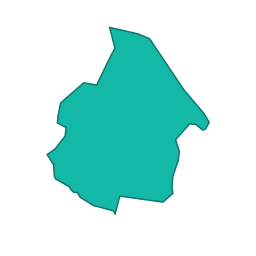 the district of Hampton, Virginia, United States of America, rotated 307°
{"feature_id": "52423323B9721740762179", "entity_name": "Hampton", "entity_type": "district", "adm_level": 2, "iso_a3": "USA", "parent_name": "United States of America", "parent_adm1": "Virginia", "projection": "orthographic", "projection_center": [-76.376, 37.054], "detail": "fine", "context": "isolated", "style": "filled", "palette": "teal", "viewbox_px": 256, "rotation_deg": 307, "n_neighbors": 0, "source": "geoboundaries", "source_scale": "gbopen_adm2", "svg_char_len": 684}
<svg xmlns="http://www.w3.org/2000/svg" viewBox="0 0 256 256"><g transform="rotate(307 128 128)"><path d="M95.4,64.9L89.5,68.6L91.1,78.2L83.9,82.6L67.5,82.4L58.1,79.4L53.9,90.8L45.4,97.9L43.7,100.8L45.7,116.2L44.2,120.6L44.1,123.6L46.1,126.3L44.4,129.9L43.9,132.7L44.7,140.2L45.2,146.8L53.0,166.0L51.7,169.3L68.7,162.5L89.9,200.6L102.9,203.2L107.0,198.9L116.2,193.0L132.4,187.6L140.2,183.1L147.2,173.1L157.6,173.9L168.4,174.8L171.7,180.1L171.3,189.1L174.1,190.6L181.4,189.4L185.1,180.6L192.1,149.7L194.5,142.8L203.5,116.8L212.3,91.5L209.3,79.7L197.3,52.8L183.9,69.5L174.3,71.0L143.4,77.1L137.5,65.4L107.4,59.1L95.4,64.9Z" fill="#14b8a6" stroke="#0f766e" stroke-width="1.5"/></g></svg>